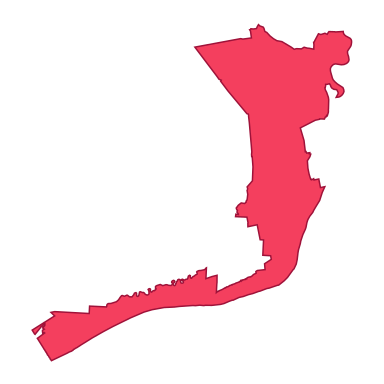 the district of Tārgales pag., Ventspils, Latvia, rotated 179°
{"feature_id": "27541924B44897070784756", "entity_name": "Tārgales pag.", "entity_type": "district", "adm_level": 2, "iso_a3": "LVA", "parent_name": "Latvia", "parent_adm1": "Ventspils", "projection": "mercator", "projection_center": [21.857, 57.473], "detail": "fine", "context": "isolated", "style": "filled", "palette": "rose", "viewbox_px": 384, "rotation_deg": 179, "n_neighbors": 0, "source": "geoboundaries", "source_scale": "gbopen_adm2", "svg_char_len": 5801}
<svg xmlns="http://www.w3.org/2000/svg" viewBox="0 0 384 384"><g transform="rotate(179 192 192)"><path d="M140.6,344.5L186.6,336.8L165.1,307.3L163.0,304.2L160.8,303.3L161.4,302.2L154.2,292.3L135.7,269.3L134.3,268.9L134.1,267.7L134.1,266.5L133.5,260.6L131.9,237.5L131.5,231.1L131.8,228.6L131.7,226.4L131.2,226.4L130.6,216.0L131.4,202.1L136.8,196.1L136.3,194.6L136.6,193.0L136.9,192.6L136.3,188.7L137.0,183.5L137.1,183.1L137.6,182.7L138.1,181.6L138.0,181.0L139.6,179.6L143.0,180.2L145.9,178.0L147.0,176.6L147.2,176.1L147.7,175.8L148.0,175.3L148.0,174.8L147.5,173.4L146.9,173.0L146.9,172.6L147.4,171.1L146.2,169.6L146.0,169.2L146.0,168.6L148.5,169.1L148.9,166.6L137.5,165.9L136.5,160.1L136.7,159.7L136.7,156.3L127.4,158.1L124.7,143.1L121.3,142.8L122.3,127.5L114.5,126.9L113.9,123.3L120.7,119.0L120.3,113.1L127.9,112.4L128.9,111.9L129.5,111.4L129.6,111.1L129.2,109.9L129.4,109.6L132.1,108.4L133.1,107.2L134.6,106.4L134.7,106.1L135.7,106.1L137.5,105.7L138.6,105.0L139.1,104.6L139.0,104.3L139.8,104.3L140.3,104.1L140.6,103.9L140.4,103.6L142.6,103.3L143.0,102.8L143.4,103.1L144.1,102.9L144.2,102.6L144.3,102.8L144.8,102.8L144.9,102.6L145.0,101.9L146.2,101.6L146.3,101.2L149.9,100.1L150.6,99.6L153.6,98.7L153.7,98.3L154.3,98.4L155.0,98.0L155.8,97.9L157.8,96.6L159.1,96.5L159.6,95.9L160.4,95.8L160.4,95.5L160.7,95.3L161.4,95.2L163.5,94.0L167.0,92.6L167.2,92.2L167.8,92.3L169.4,91.0L168.8,99.6L168.6,101.1L168.4,108.3L173.5,107.1L179.6,105.1L178.9,115.9L179.6,115.5L180.3,114.5L180.8,114.1L184.4,113.4L186.4,113.3L188.2,112.6L188.7,112.0L188.5,111.4L188.2,110.9L188.3,109.8L190.1,108.9L191.1,108.0L192.5,107.4L194.0,105.8L194.8,106.0L195.2,107.2L195.1,107.9L195.1,108.4L195.9,108.8L197.1,108.0L197.8,105.5L198.4,104.9L199.5,104.9L200.9,104.1L201.5,104.2L203.1,105.0L203.9,104.7L204.0,104.4L203.8,103.7L202.5,103.0L202.2,102.5L202.1,102.1L202.3,101.5L202.8,101.1L203.8,101.0L204.6,101.3L204.8,101.6L205.1,102.7L205.2,104.0L205.3,104.4L206.0,104.8L206.9,104.9L207.7,104.5L208.5,102.9L209.3,102.3L209.3,101.3L209.8,100.8L210.1,99.6L210.3,99.2L210.9,98.7L211.7,98.9L212.4,99.7L212.2,100.9L211.3,101.8L210.9,102.9L210.9,103.3L211.2,103.7L212.1,104.0L213.2,103.5L213.9,102.6L213.9,101.9L213.3,101.4L213.2,100.3L213.4,99.8L214.6,98.9L217.0,99.1L218.6,99.7L219.6,99.8L222.8,98.9L225.4,100.1L228.7,99.1L229.7,98.6L230.2,97.9L230.1,97.5L230.2,96.3L229.6,95.8L230.0,95.1L230.5,94.9L230.8,94.3L231.2,94.0L231.9,94.1L232.8,93.8L234.1,92.6L234.8,92.8L235.2,93.3L235.3,93.7L235.2,95.4L235.3,95.7L236.0,96.1L236.7,96.0L237.4,95.5L237.6,95.2L236.9,94.1L236.8,92.8L236.7,91.1L237.1,90.5L238.1,89.8L238.9,89.8L240.3,90.4L240.8,90.9L241.4,91.8L242.2,92.4L243.1,92.3L245.5,93.2L246.2,92.9L246.9,89.8L247.4,88.9L248.0,88.5L248.9,88.8L249.2,89.8L249.2,91.8L249.8,92.4L251.3,91.9L252.0,90.4L253.8,88.2L256.3,88.3L258.3,89.9L258.9,90.0L261.5,88.9L263.3,89.7L264.2,89.6L265.7,87.9L266.4,86.8L267.5,85.3L269.5,83.6L274.9,82.0L277.8,81.9L278.7,81.2L279.1,80.5L279.3,79.0L279.5,78.6L296.4,79.7L296.9,72.3L331.4,74.8L335.1,74.1L331.5,70.5L354.2,56.7L351.9,52.8L351.4,52.4L345.7,59.2L345.6,59.6L345.2,60.1L344.6,60.6L344.1,60.5L343.5,61.1L342.2,63.8L341.4,63.2L341.7,62.3L341.4,61.8L341.8,61.4L341.6,60.9L342.6,59.9L343.1,59.9L343.3,59.5L343.1,59.2L343.7,58.7L342.1,57.4L343.9,56.4L344.0,55.7L343.7,53.1L342.4,54.1L341.8,53.6L349.2,48.4L343.2,38.5L342.9,37.8L341.8,36.4L341.8,36.0L341.0,35.0L340.7,34.2L340.4,34.1L340.4,33.9L340.0,33.2L339.8,32.6L339.4,32.4L339.3,31.6L338.4,30.7L337.5,28.9L337.1,28.6L336.6,27.6L336.6,27.3L336.3,27.1L335.5,25.8L319.7,33.0L317.2,34.3L315.6,34.8L313.7,35.9L313.2,36.7L312.2,37.0L311.4,37.7L310.0,38.3L305.4,41.2L294.2,47.9L283.0,54.0L273.4,58.9L255.5,67.3L242.0,72.8L234.0,75.0L221.9,77.0L211.6,77.3L206.8,77.8L193.1,78.5L190.5,78.3L186.3,78.7L182.1,78.2L180.6,78.5L174.2,78.3L165.5,79.1L162.0,79.9L156.6,82.1L153.7,83.1L152.8,83.1L146.7,85.8L142.6,86.6L137.3,88.4L133.0,89.4L126.9,91.5L126.0,91.6L118.8,94.2L116.4,94.6L108.3,97.2L106.9,97.4L101.4,101.6L98.0,104.9L92.4,112.4L91.4,113.3L89.0,118.2L88.0,122.7L87.1,129.4L86.5,132.4L84.6,138.5L84.1,141.1L81.9,147.4L79.3,152.8L78.6,154.8L77.7,159.2L76.7,162.2L74.7,165.7L71.6,169.5L70.7,171.4L68.2,175.5L64.5,181.3L61.8,189.2L59.1,195.0L63.5,194.2L65.0,202.8L69.8,201.9L70.1,203.2L72.1,202.1L73.2,203.5L73.3,203.3L74.6,207.8L75.7,213.8L76.1,221.2L73.5,225.2L72.6,227.8L74.2,228.2L74.1,228.9L73.5,228.9L73.5,229.3L76.7,228.9L77.3,230.5L78.0,230.3L79.1,241.5L82.6,254.2L67.5,261.6L63.1,262.5L63.0,262.9L58.3,262.6L57.4,264.6L56.5,264.8L56.1,266.2L55.4,265.8L54.3,269.2L54.2,270.2L54.2,272.1L54.1,272.8L53.7,281.9L54.0,284.3L55.6,289.2L56.8,291.6L57.1,292.8L57.3,293.8L57.0,293.9L56.5,296.1L56.5,297.3L54.9,297.3L52.7,297.9L52.4,297.6L52.4,297.3L51.9,296.8L51.2,294.7L50.3,293.4L48.4,292.2L45.7,291.8L45.3,291.4L44.3,289.3L44.1,288.4L44.5,287.1L45.1,286.2L46.2,284.1L43.5,284.4L42.2,284.9L40.6,286.0L39.2,287.7L38.7,288.8L38.3,289.8L38.5,291.7L39.0,293.1L39.3,293.8L44.8,297.5L47.3,299.8L48.9,301.7L49.6,303.3L51.3,309.7L51.5,311.2L51.5,312.9L50.9,314.4L50.0,315.6L48.3,317.1L46.2,317.6L40.5,316.6L37.8,316.8L35.1,317.9L33.5,319.4L32.9,320.5L32.7,321.7L33.1,324.7L33.9,327.2L34.1,329.1L34.0,330.2L30.9,334.7L30.4,335.8L30.1,337.0L29.8,339.2L29.9,340.7L30.3,341.8L31.2,342.9L35.6,345.4L36.6,346.3L37.5,347.5L38.0,349.1L38.0,349.9L45.9,349.5L46.2,349.7L52.2,350.0L52.8,349.4L54.1,347.3L56.3,348.4L60.4,347.2L62.8,348.0L66.6,341.2L67.1,340.0L67.8,339.6L67.5,337.0L67.8,332.7L72.5,333.7L74.0,333.8L77.4,334.8L80.1,333.2L85.1,333.5L87.3,332.9L90.4,335.2L99.5,340.8L104.5,341.8L107.8,343.8L111.2,346.6L114.5,350.3L115.8,350.9L116.4,351.4L117.2,354.4L117.9,355.6L121.3,356.9L122.6,358.2L123.8,356.3L124.7,354.3L127.9,353.9L130.3,354.2L130.6,353.4L131.5,353.2L130.7,351.8L129.9,345.0L138.5,344.0L140.6,344.5Z" fill="#f43f5e" stroke="#9f1239" stroke-width="1.5"/></g></svg>